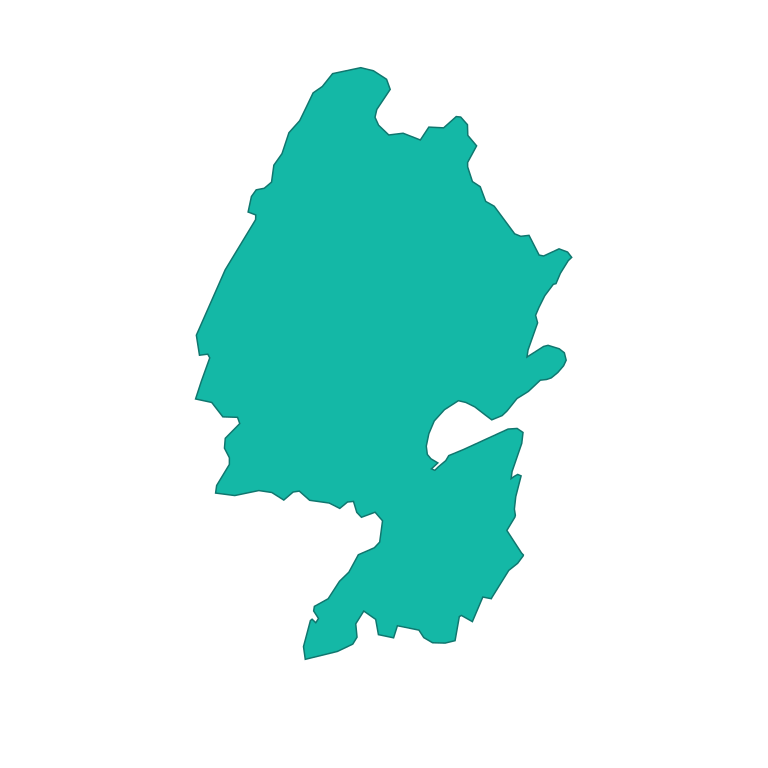 SVG path tracing the border of Hampshire, rotated 293°
{"feature_id": "GBR-2035", "entity_name": "Hampshire", "entity_type": "Administrative County", "adm_level": 1, "iso_a3": "GBR", "parent_name": "United Kingdom", "parent_adm1": "", "projection": "natural_earth1", "projection_center": [-1.337, 51.048], "detail": "fine", "context": "isolated", "style": "filled", "palette": "teal", "viewbox_px": 768, "rotation_deg": 293, "n_neighbors": 0, "source": "natural_earth", "source_scale": "10m", "svg_char_len": 2258}
<svg xmlns="http://www.w3.org/2000/svg" viewBox="0 0 768 768"><g transform="rotate(293 384 384)"><path d="M573.9,507.3L569.5,505.4L554.8,503.1L543.6,503.1L541.9,500.9L528.1,497.5L515.0,496.7L506.5,496.7L500.3,501.5L471.6,503.3L464.7,505.1L480.9,516.2L483.7,519.9L484.9,531.5L483.2,537.8L477.1,542.4L471.0,542.2L462.5,539.5L455.0,535.6L451.7,531.9L448.6,526.4L433.6,519.8L422.6,512.1L407.3,507.8L401.1,505.1L393.1,497.2L395.1,489.1L398.4,476.6L399.0,466.5L397.7,459.0L384.0,449.7L369.6,444.7L355.8,444.7L343.3,447.2L336.1,451.4L333.5,456.4L332.4,464.4L324.4,460.8L324.4,464.5L329.0,466.4L337.6,470.8L343.4,471.6L354.8,482.8L391.0,515.8L395.1,523.9L393.7,530.9L383.2,534.0L353.4,536.1L346.6,538.0L350.0,540.1L353.0,542.4L353.0,546.1L331.8,549.3L319.8,552.9L314.5,556.2L312.5,556.5L297.2,554.3L282.1,576.7L281.1,579.1L280.3,579.3L271.2,577.1L261.2,571.7L229.3,566.7L228.3,566.7L226.5,558.2L199.8,558.2L201.2,545.7L199.4,544.2L175.5,549.7L169.4,541.5L164.8,529.8L166.1,519.7L171.1,512.3L166.7,490.8L154.1,492.0L151.1,476.8L164.1,468.3L167.1,454.1L152.2,451.7L140.4,458.1L132.4,456.9L119.6,445.6L99.8,419.1L110.8,412.5L137.5,408.7L139.4,409.7L137.6,414.5L142.6,415.3L147.6,407.9L152.1,406.8L164.5,416.5L185.0,420.1L197.1,425.2L216.8,427.1L229.5,439.1L236.8,441.8L257.5,436.1L262.5,425.9L252.5,415.3L255.2,409.1L264.0,401.8L261.1,396.5L252.2,391.9L253.0,380.0L247.9,361.0L252.3,347.9L249.1,342.6L238.0,337.1L240.3,323.1L237.0,310.4L223.0,290.2L217.8,271.6L225.2,269.6L249.5,273.1L255.7,270.5L262.6,262.2L272.0,259.1L291.2,266.7L296.1,262.2L290.8,248.5L299.7,232.6L296.6,216.4L315.0,214.8L340.0,213.4L342.6,210.1L338.4,202.9L355.6,192.2L427.1,193.2L485.1,201.6L489.5,199.9L489.2,191.7L504.8,188.7L512.8,190.5L517.4,197.3L525.9,201.6L542.4,197.1L556.2,200.1L578.2,198.3L593.4,203.5L608.9,204.3L624.3,205.0L633.8,211.0L649.6,215.4L666.1,239.0L668.2,252.0L665.5,267.3L657.6,274.6L633.9,270.1L626.0,271.5L620.1,277.9L615.1,291.1L622.3,303.6L622.8,322.1L638.0,324.9L643.1,338.8L658.4,346.0L659.7,350.3L655.3,359.5L645.6,364.0L639.4,376.2L620.6,374.4L616.5,376.2L604.9,386.3L603.2,395.5L591.8,406.3L590.7,416.0L573.3,445.6L573.4,452.2L577.5,459.4L563.3,476.4L564.2,480.9L576.8,492.3L577.2,501.4L573.9,507.3Z" fill="#14b8a6" stroke="#0f766e" stroke-width="1.5"/></g></svg>